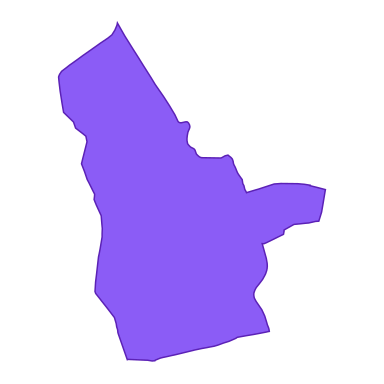 outline of Zilupe, Zilupes, Latvia
{"feature_id": "27541924B3022786847050", "entity_name": "Zilupe", "entity_type": "district", "adm_level": 2, "iso_a3": "LVA", "parent_name": "Latvia", "parent_adm1": "Zilupes", "projection": "orthographic", "projection_center": [28.122, 56.393], "detail": "fine", "context": "isolated", "style": "filled", "palette": "violet", "viewbox_px": 384, "rotation_deg": 0, "n_neighbors": 0, "source": "geoboundaries", "source_scale": "gbopen_adm2", "svg_char_len": 2914}
<svg xmlns="http://www.w3.org/2000/svg" viewBox="0 0 384 384"><path d="M63.6,112.4L73.5,122.0L75.6,128.1L83.1,133.9L85.9,136.2L87.0,141.8L83.3,156.5L82.8,158.4L81.5,163.8L84.6,171.8L87.2,179.5L88.9,182.7L93.1,191.2L94.6,194.1L94.5,196.3L94.1,199.5L95.1,202.1L95.7,203.5L96.2,204.8L101.2,215.7L101.9,224.3L102.1,226.5L102.3,228.4L102.1,233.7L102.1,237.0L100.1,249.0L99.2,253.7L98.5,256.9L96.5,274.6L95.6,281.9L95.0,291.5L95.7,293.5L100.7,299.8L100.8,300.0L107.6,308.6L114.4,317.5L116.2,323.6L116.7,326.9L117.6,329.7L117.7,330.5L117.9,332.4L117.9,332.6L118.5,334.5L127.3,359.7L128.1,359.4L146.6,360.2L147.4,360.2L152.3,361.0L152.6,360.9L154.5,360.8L155.0,360.7L155.2,360.2L160.3,358.1L163.1,357.4L166.0,356.8L178.4,354.0L181.7,353.2L191.5,350.8L193.6,350.3L194.2,350.1L201.8,348.5L207.4,347.5L209.3,347.1L214.2,346.2L217.9,345.1L223.6,343.0L229.1,341.3L229.5,341.1L235.0,338.7L236.2,338.1L237.1,337.4L237.3,337.3L246.2,335.7L253.4,334.5L260.4,333.2L266.5,332.0L267.7,331.7L269.3,331.4L269.0,329.4L268.7,328.1L267.4,324.9L266.4,321.4L265.4,318.2L264.8,316.2L263.8,314.0L261.8,309.7L256.1,301.4L254.5,298.4L254.2,297.6L254.0,296.5L253.8,295.2L253.8,294.2L253.9,292.9L254.3,291.8L254.7,290.6L255.3,289.3L256.0,288.0L256.6,287.1L259.5,283.5L262.6,279.4L264.6,275.8L265.6,273.8L266.1,272.3L266.7,270.5L267.1,268.5L267.2,267.2L267.3,266.3L267.2,263.9L267.1,263.0L266.3,258.4L262.2,243.6L264.0,243.7L266.4,242.7L283.5,234.3L284.0,231.6L283.9,231.6L284.1,230.0L286.0,228.9L294.0,224.4L294.9,224.3L299.3,223.9L305.9,223.2L308.4,223.0L308.6,223.0L315.6,221.4L318.8,221.2L321.6,212.1L322.8,205.1L325.2,190.7L325.4,189.6L316.6,187.3L312.1,186.2L309.8,185.6L310.0,185.2L304.5,184.3L297.7,183.7L280.8,183.5L279.7,183.6L276.9,183.8L274.1,184.0L258.2,189.2L256.4,189.7L252.0,191.0L247.7,192.3L246.5,192.7L246.2,191.9L244.8,189.4L243.9,185.6L242.8,183.6L242.2,179.6L240.6,177.4L239.1,175.3L237.8,173.3L237.4,172.5L236.7,170.9L235.8,168.6L235.1,167.0L234.2,165.3L233.7,164.2L233.4,163.2L233.2,161.7L232.8,160.3L232.3,159.0L231.8,158.4L231.0,157.5L228.7,155.7L228.0,155.1L225.1,155.8L222.4,157.3L221.7,157.7L221.1,157.9L220.4,158.0L201.7,157.7L200.3,157.3L199.2,156.7L197.6,155.3L196.4,154.0L195.8,152.4L195.0,150.1L194.5,149.4L193.9,148.8L193.0,148.3L192.0,147.8L190.5,147.0L189.6,146.1L188.5,144.9L187.6,143.7L187.0,140.5L187.0,138.3L187.3,135.5L187.9,132.3L188.6,130.5L189.4,128.8L189.7,127.8L189.9,126.9L189.7,125.6L189.5,124.8L188.9,123.7L188.5,123.0L187.9,122.4L187.3,121.9L186.6,121.8L185.2,121.9L183.5,122.3L181.0,122.8L180.1,122.7L179.1,122.4L178.4,121.9L177.9,121.2L174.9,114.8L169.4,105.6L163.4,96.3L155.2,84.5L151.2,77.9L143.9,66.4L137.6,56.3L133.9,50.5L124.8,36.0L117.4,23.0L117.0,25.1L114.9,30.1L111.9,34.9L107.9,38.1L100.6,43.0L95.0,47.0L83.2,55.3L76.1,60.5L69.6,65.1L66.6,67.5L61.6,71.3L59.6,74.3L58.7,76.5L58.6,77.3L59.1,82.3L60.1,90.8L62.1,103.6L63.6,112.4Z" fill="#8b5cf6" stroke="#5b21b6" stroke-width="1.5"/></svg>